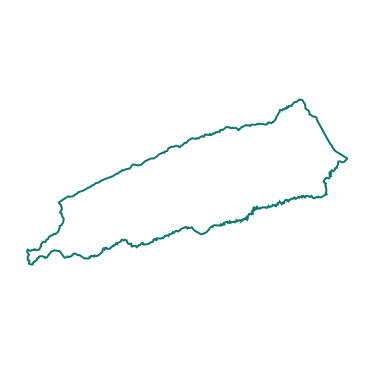 the district of Cocos, Bahia, Brazil, rotated 21°
{"feature_id": "56859067B89151730044030", "entity_name": "Cocos", "entity_type": "district", "adm_level": 2, "iso_a3": "BRA", "parent_name": "Brazil", "parent_adm1": "Bahia", "projection": "robinson", "projection_center": [-45.253, -14.545], "detail": "fine", "context": "isolated", "style": "outline", "palette": "teal", "viewbox_px": 384, "rotation_deg": 21, "n_neighbors": 0, "source": "geoboundaries", "source_scale": "gbopen_adm2", "svg_char_len": 6033}
<svg xmlns="http://www.w3.org/2000/svg" viewBox="0 0 384 384"><g transform="rotate(21 192 192)"><path d="M324.6,104.9L311.0,102.4L309.1,101.3L306.9,99.8L306.2,98.6L303.5,97.4L285.7,82.4L282.8,79.9L281.6,78.0L280.5,77.6L277.5,78.2L275.2,77.3L273.9,77.5L272.9,75.4L271.6,74.3L268.2,73.5L266.2,69.8L261.9,66.5L259.1,67.3L257.1,70.7L255.3,71.4L254.8,73.5L253.8,75.4L254.0,76.0L251.7,77.0L251.6,78.5L251.2,78.8L250.2,78.5L250.5,79.7L250.2,80.4L249.7,80.6L249.6,80.1L249.1,80.4L248.0,81.9L247.3,82.1L247.1,83.3L244.8,83.9L244.7,84.8L245.2,86.1L244.7,87.0L244.0,90.9L243.9,94.4L242.9,97.5L242.3,97.6L241.5,99.3L238.9,99.4L237.9,100.4L238.2,100.8L237.4,102.4L230.5,104.1L229.6,105.0L228.5,104.9L227.6,106.3L223.5,107.7L222.8,108.4L222.9,109.0L222.4,109.6L221.0,109.5L218.6,110.2L214.7,114.1L213.5,117.5L212.8,117.4L212.5,116.8L209.8,116.5L208.3,117.4L206.8,117.4L205.4,118.7L203.9,118.1L203.3,118.6L201.2,118.8L200.5,119.3L198.9,122.7L196.2,123.9L196.2,126.0L195.3,126.1L194.3,127.1L193.2,127.4L192.4,128.8L191.9,129.4L191.3,129.3L189.6,131.8L188.6,132.1L188.5,131.5L187.8,131.6L187.3,132.8L185.9,132.9L184.9,133.6L183.8,133.4L183.4,133.8L183.3,136.1L182.9,136.4L181.8,136.0L180.1,137.7L179.0,139.7L177.4,140.1L176.4,141.1L172.8,141.7L170.3,144.9L169.2,148.0L167.5,148.8L166.2,151.9L164.9,153.3L164.6,154.3L164.0,154.7L162.2,154.2L160.9,154.4L158.2,156.6L156.6,157.1L154.3,159.8L154.2,162.6L152.3,163.9L151.9,165.4L150.9,165.4L147.6,168.9L146.3,171.7L144.3,174.3L141.3,175.7L137.1,180.2L134.7,184.9L132.4,186.4L127.2,187.3L126.3,188.7L125.6,192.2L121.6,194.9L120.5,196.3L118.9,196.6L118.5,198.0L116.7,200.1L116.0,201.7L114.9,202.1L112.6,205.4L105.0,212.1L102.6,214.6L101.9,216.2L98.8,218.4L97.9,220.6L96.2,221.8L94.9,224.2L93.1,225.6L92.4,226.9L89.7,229.9L85.9,233.0L85.3,234.7L83.5,236.6L82.9,238.2L79.3,240.5L78.0,240.4L77.6,240.8L71.4,249.5L72.1,250.4L74.1,251.0L76.7,254.3L76.1,258.2L76.5,258.7L78.0,258.8L78.7,260.3L80.5,262.1L81.5,262.4L81.8,263.1L82.5,265.3L82.5,267.3L81.9,270.1L80.6,271.2L81.2,272.1L81.4,276.2L80.9,277.4L81.1,277.9L79.3,280.2L78.0,280.8L78.0,281.4L75.5,283.9L74.5,285.5L74.4,287.5L73.1,289.0L73.2,290.4L72.8,291.4L70.7,291.9L69.8,295.1L70.7,296.8L70.2,297.7L70.1,299.9L69.1,301.3L67.9,301.9L65.4,301.9L65.1,302.9L63.4,303.6L62.3,304.9L59.2,304.8L59.2,306.6L62.3,309.1L62.0,311.5L62.6,313.7L63.3,314.5L64.5,314.3L65.0,314.6L65.3,317.0L65.8,317.5L68.7,317.1L69.2,316.6L69.0,315.2L69.7,313.4L70.1,313.5L71.0,311.7L71.4,311.5L71.3,309.2L72.4,308.7L72.5,307.3L73.0,306.5L75.8,305.5L77.3,305.6L78.3,306.2L78.5,305.6L79.8,305.3L80.8,302.2L80.6,301.8L81.7,299.9L81.7,298.3L84.3,295.8L89.7,294.6L95.7,298.6L96.9,298.9L99.0,297.3L98.9,296.8L100.8,296.8L101.4,295.8L102.5,295.1L102.9,293.0L103.5,292.8L103.9,291.7L106.1,291.3L108.1,292.0L109.5,291.2L115.4,292.5L119.3,291.1L119.7,290.7L119.6,289.8L120.5,289.5L120.3,288.4L120.6,288.0L122.8,287.2L123.4,287.5L124.0,287.0L124.0,286.2L125.2,286.5L127.2,284.9L129.8,279.9L129.2,278.2L129.7,276.1L130.9,275.5L131.2,276.4L131.9,274.8L132.9,275.4L135.3,274.7L137.3,270.8L138.1,270.6L138.0,269.8L139.2,268.6L139.4,267.3L140.4,267.4L140.0,266.9L142.8,264.4L143.2,263.7L143.4,261.8L145.5,261.7L146.3,260.6L147.3,260.9L148.2,260.5L150.4,263.0L152.1,263.0L153.8,262.0L155.0,264.4L156.1,264.2L156.2,263.6L158.1,262.6L159.2,262.5L160.0,263.4L161.4,261.3L161.4,260.6L162.4,260.0L163.6,257.7L164.4,257.3L165.0,257.6L165.1,258.3L165.7,258.4L168.8,256.9L170.8,255.0L171.6,253.6L173.3,252.6L173.1,250.6L174.0,250.0L174.1,249.3L174.5,249.0L175.5,249.8L176.2,249.5L176.4,248.2L176.1,247.7L179.4,246.8L180.7,245.5L181.4,245.6L182.3,243.7L182.4,242.8L183.2,242.5L183.7,241.6L185.0,241.2L185.8,241.5L186.0,239.5L188.0,238.4L188.5,236.4L189.4,236.8L189.8,236.5L190.4,234.6L191.7,233.7L193.0,233.9L194.5,232.1L194.9,230.4L198.8,226.9L200.7,227.7L201.1,226.5L202.0,226.8L204.5,225.0L206.5,226.3L209.1,227.3L215.3,228.2L217.0,227.5L219.9,224.4L221.6,220.1L221.6,219.0L222.7,217.2L223.8,217.3L224.1,215.5L224.9,214.9L230.6,213.2L230.2,212.4L230.4,211.8L231.9,212.2L232.6,211.6L232.4,210.7L233.8,210.6L232.9,209.5L233.9,208.4L235.8,207.1L236.7,208.0L237.5,207.0L238.0,207.2L238.1,206.6L238.6,206.7L238.1,205.9L239.1,206.2L241.2,205.2L242.6,205.0L242.5,204.2L243.8,203.9L244.0,203.3L243.7,202.3L245.5,202.5L246.5,201.3L248.4,200.7L248.8,200.2L248.8,201.3L250.9,197.9L251.4,198.2L252.7,197.6L253.5,198.1L253.6,195.8L253.1,197.2L252.6,196.5L251.6,196.7L252.1,195.8L252.1,195.0L252.8,195.0L253.1,194.4L253.1,192.2L254.4,191.2L255.5,191.5L256.5,191.0L256.5,190.2L255.8,189.9L255.3,190.4L255.6,188.8L255.1,188.5L255.0,187.5L256.8,187.1L256.9,186.5L255.9,186.2L255.1,185.1L255.3,184.1L258.3,184.9L259.0,184.1L258.7,183.4L257.8,183.1L257.9,182.5L259.7,183.5L261.1,183.5L261.4,182.2L262.3,182.2L263.3,181.1L266.5,179.8L267.0,180.3L268.1,179.3L268.3,177.8L269.3,178.6L270.2,177.4L271.0,177.4L271.8,176.5L272.0,175.3L272.6,175.5L273.9,174.4L274.2,175.1L275.6,175.1L276.0,172.2L276.6,172.4L276.6,170.8L277.6,170.3L277.5,169.6L279.6,170.9L280.1,170.1L280.4,170.8L280.9,169.9L282.0,169.5L281.4,168.0L282.2,165.9L283.0,165.5L283.3,166.0L284.0,166.2L284.7,165.9L284.4,165.3L285.3,165.0L285.6,165.6L287.0,162.6L288.3,162.4L289.4,160.6L290.3,161.2L290.7,160.7L291.2,161.1L292.5,159.9L293.1,158.6L293.9,158.2L294.3,158.6L295.4,157.3L296.4,157.6L296.2,156.3L297.0,156.3L297.4,155.7L298.3,156.0L298.9,156.7L299.6,156.5L299.9,154.8L301.6,154.2L303.4,154.4L304.7,153.2L304.9,153.6L305.7,153.1L306.3,153.9L308.1,154.2L310.5,151.7L311.0,151.9L311.7,151.1L312.0,151.5L313.3,151.3L315.5,149.8L317.1,147.0L318.6,146.0L317.9,145.1L317.4,145.6L317.2,143.8L316.3,141.0L315.3,139.3L314.2,138.6L314.0,136.2L313.3,135.8L312.1,135.9L311.0,134.6L312.0,130.9L312.6,130.5L314.6,130.4L315.4,129.6L314.8,127.6L315.7,127.3L314.6,126.4L315.5,126.2L315.6,125.1L315.2,124.7L313.7,124.9L313.4,124.4L314.3,123.3L314.7,121.6L316.3,121.9L316.9,121.3L317.3,120.3L317.0,118.5L318.5,117.6L318.1,116.3L318.6,114.0L317.9,112.8L317.7,111.1L319.1,110.3L321.0,110.6L323.0,109.8L324.8,105.9L324.6,104.9Z" fill="none" stroke="#0f766e" stroke-width="2"/></g></svg>